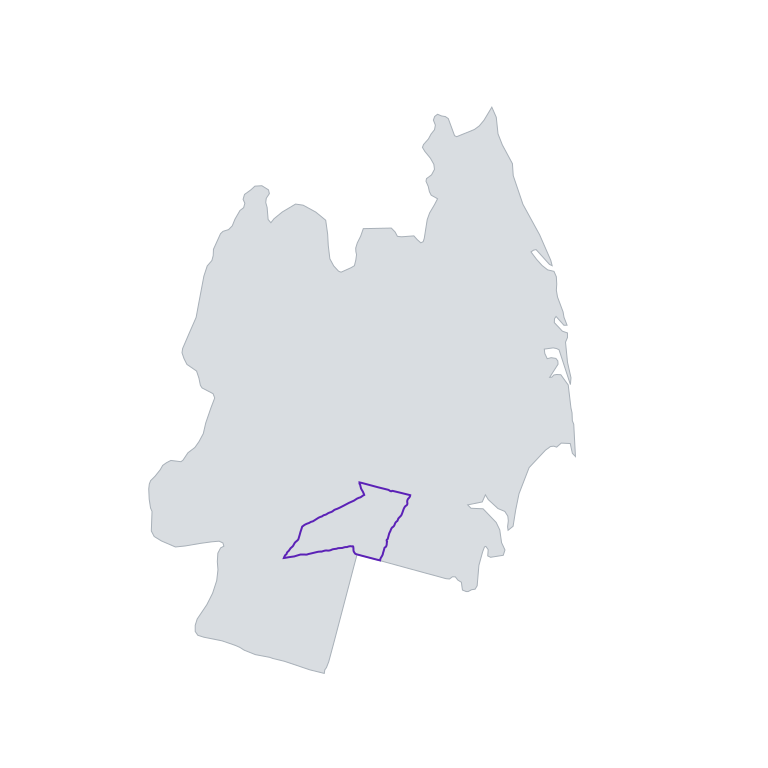 Okano, Wouleu-Ntem, Gabon (highlighted), rotated 195°
{"feature_id": "22940354B24104320747688", "entity_name": "Okano", "entity_type": "district", "adm_level": 2, "iso_a3": "GAB", "parent_name": "Gabon", "parent_adm1": "Wouleu-Ntem", "projection": "equal_earth", "projection_center": [11.511, 0.744], "detail": "fine", "context": "in_parent", "style": "outline", "palette": "violet", "viewbox_px": 768, "rotation_deg": 195, "n_neighbors": 0, "source": "geoboundaries", "source_scale": "gbopen_adm2", "svg_char_len": 6009}
<svg xmlns="http://www.w3.org/2000/svg" viewBox="0 0 768 768"><g transform="rotate(195 384 384)"><path d="M503.9,102.1L503.6,108.7L498.0,125.0L495.4,137.5L494.7,150.8L496.3,161.6L499.0,169.2L500.7,177.6L499.4,183.4L496.7,185.9L498.5,188.8L502.6,189.5L509.5,187.0L520.2,182.5L534.1,176.1L543.3,172.6L558.4,174.8L566.5,177.2L570.7,181.8L575.1,200.9L577.4,203.8L581.0,212.0L584.1,221.8L584.8,226.7L584.4,230.3L581.3,235.6L577.9,243.4L576.7,248.1L573.8,251.6L570.1,255.0L560.0,256.4L558.4,258.5L555.6,266.8L550.2,273.8L547.8,280.4L545.7,289.3L546.1,300.2L545.0,316.0L543.9,326.7L546.6,330.4L558.7,333.1L561.0,335.2L564.3,341.8L568.4,348.0L579.4,351.9L583.7,356.7L587.2,361.9L587.7,366.1L585.2,383.3L582.7,399.7L583.7,412.3L584.6,424.2L585.9,441.6L585.3,452.3L582.2,458.7L582.2,463.8L583.6,470.0L580.8,486.9L579.0,489.8L574.1,492.9L571.5,497.5L570.6,504.7L568.0,514.4L565.2,518.0L565.2,522.6L567.9,525.9L567.8,531.0L562.9,537.0L559.9,541.7L553.3,543.9L545.8,541.6L544.0,538.2L545.8,532.9L545.2,528.7L542.6,524.3L538.5,512.9L535.0,510.5L533.0,515.2L526.8,523.8L516.0,534.9L508.4,535.8L494.4,532.4L482.7,527.1L477.2,514.1L473.7,503.4L468.7,490.9L463.1,485.0L457.1,481.2L454.4,480.9L445.8,487.9L443.2,490.6L443.3,496.4L444.0,501.9L445.4,504.5L446.5,508.0L446.3,513.4L444.8,520.7L444.2,528.7L417.3,536.5L412.6,533.7L409.3,530.1L405.2,530.7L393.5,534.8L389.2,532.0L385.0,529.9L383.0,531.6L382.8,535.1L384.8,553.9L384.2,561.1L381.6,570.4L380.2,576.8L387.3,578.6L389.9,581.5L392.4,586.3L395.9,590.7L396.1,593.4L392.2,598.3L390.8,604.4L392.7,609.1L397.6,614.1L404.7,619.2L408.1,622.5L407.8,625.6L404.5,632.2L403.2,637.7L401.0,642.7L401.4,647.4L404.6,651.7L404.3,655.5L402.1,658.4L397.7,657.8L394.0,658.2L390.6,657.0L380.1,642.1L377.8,641.7L362.6,653.2L358.8,657.9L355.7,664.6L351.5,679.3L344.6,670.7L338.6,655.1L331.6,645.6L317.0,630.1L313.1,618.7L296.3,593.5L272.3,568.4L254.9,546.6L252.2,541.8L255.2,542.4L271.9,553.2L274.2,552.0L276.2,549.6L268.9,543.9L262.0,539.4L255.5,536.6L249.0,536.8L245.3,532.2L243.0,525.2L241.8,519.2L238.9,512.9L229.7,500.0L227.4,495.0L222.4,488.2L225.4,487.3L235.3,493.8L236.2,491.2L235.4,487.4L225.4,481.2L220.0,480.8L218.8,476.4L219.5,471.4L212.4,452.5L205.0,438.4L203.8,431.7L223.8,462.4L226.4,462.9L229.9,462.7L238.2,459.2L236.6,455.1L232.9,450.7L229.3,452.7L224.6,453.2L222.1,451.3L221.0,448.2L225.7,433.3L223.7,434.0L222.2,436.7L219.6,437.9L215.6,438.7L205.8,430.7L197.2,409.2L194.9,404.8L192.6,397.3L190.3,394.2L180.3,363.5L184.1,365.8L188.7,374.7L197.5,372.8L200.9,367.7L203.9,367.9L207.0,366.7L210.9,361.9L222.2,340.8L225.2,312.9L224.2,296.4L222.5,280.0L226.3,274.8L227.7,278.2L228.5,284.0L230.2,288.4L234.3,292.2L241.7,293.2L253.3,299.3L257.4,303.2L258.6,295.5L271.9,288.9L267.8,286.5L256.0,289.1L239.8,279.3L234.4,273.0L229.4,261.2L224.2,255.0L224.5,249.4L236.2,244.2L239.3,244.8L240.5,251.0L243.6,253.5L244.8,252.6L245.3,247.4L245.4,233.4L241.8,213.2L242.9,209.4L246.1,208.0L249.0,205.3L250.9,204.8L254.9,205.3L256.9,210.0L257.9,212.5L261.9,213.7L265.2,216.2L268.0,215.5L270.3,212.6L273.8,212.0L284.4,212.1L294.0,212.1L313.2,212.2L332.3,212.3L351.5,212.4L365.9,212.4L365.9,200.9L365.8,183.2L365.7,162.2L365.6,142.1L365.5,123.5L365.5,101.5L366.2,95.2L367.2,92.6L366.8,89.0L381.7,88.7L408.5,90.4L420.2,90.1L423.6,90.4L438.2,89.3L450.1,90.7L455.2,92.3L459.7,93.0L473.9,94.0L492.5,92.8L498.8,93.1L502.3,96.1L503.9,102.1Z" fill="#d9dde1" stroke="#a8b0b8" stroke-width="1"/><path d="M329.8,282.5L329.9,283.4L340.5,283.2L347.7,283.0L348.5,282.9L349.1,282.3L349.8,282.2L350.9,282.4L351.5,282.7L352.4,282.9L363.0,282.7L379.5,282.7L382.2,282.6L382.1,282.3L381.9,281.4L380.9,280.4L380.3,279.2L379.1,277.1L378.0,275.9L376.7,274.7L375.3,273.0L374.7,272.2L374.4,271.7L375.1,271.1L376.0,270.1L376.7,269.2L377.6,268.3L378.8,267.6L380.4,266.3L382.9,263.5L384.5,262.2L387.1,260.1L391.4,256.1L394.5,253.3L396.8,251.4L398.4,250.3L399.3,249.6L400.4,248.2L400.8,247.6L402.1,246.5L403.5,245.6L404.8,244.5L405.9,243.2L407.0,242.4L408.2,241.7L408.9,241.0L409.8,239.9L410.9,239.3L412.6,237.9L415.6,234.6L417.1,233.0L417.9,232.5L418.9,231.9L420.4,230.4L422.3,229.1L423.6,228.0L424.5,227.1L425.4,225.9L426.1,225.1L426.2,222.6L426.3,220.9L426.4,219.3L426.4,216.5L426.5,212.5L426.6,211.5L427.3,210.3L427.8,209.5L428.5,208.6L429.1,207.4L429.6,205.5L429.8,204.5L430.2,203.5L430.8,202.6L431.2,202.0L431.7,201.3L432.1,200.2L432.5,199.1L432.9,198.0L433.5,197.2L434.0,196.2L434.1,195.5L434.1,194.7L434.3,194.2L435.1,193.1L435.4,192.0L435.6,190.9L435.7,190.0L435.2,190.2L433.4,191.0L431.3,192.0L428.5,193.2L426.1,194.2L423.4,195.9L420.5,197.7L417.1,198.6L414.8,199.1L414.0,199.5L413.0,200.2L410.5,201.5L408.1,202.8L404.8,204.6L403.3,205.3L402.3,205.5L401.6,205.9L401.0,205.9L400.2,206.4L399.3,207.0L397.7,207.9L396.5,208.3L395.3,208.5L394.2,208.8L393.4,209.2L392.5,209.7L391.4,210.6L390.7,211.1L389.4,211.7L388.4,212.1L387.4,212.5L386.6,213.0L385.9,213.5L385.1,213.8L384.1,214.1L382.6,214.6L381.7,214.9L380.9,215.5L379.3,216.4L377.6,216.9L376.3,217.8L374.7,218.6L373.9,218.7L373.1,218.8L372.4,219.1L371.8,219.1L371.6,218.8L371.3,218.1L371.0,217.4L370.8,216.6L370.5,215.7L370.2,214.9L369.7,214.2L368.7,213.3L368.0,212.7L367.3,212.5L366.4,212.4L365.7,212.4L361.0,212.4L346.4,212.5L342.1,212.6L342.2,213.7L342.2,214.5L342.0,215.5L341.6,216.7L341.3,217.9L341.1,218.9L341.2,220.7L341.1,222.6L341.1,224.7L341.1,225.9L340.8,226.4L340.3,226.9L339.9,227.6L339.8,229.3L340.0,230.5L340.2,231.1L340.2,231.9L340.3,232.7L340.9,233.2L341.0,234.2L340.7,234.7L340.3,235.3L340.3,239.0L340.3,241.0L340.1,242.2L339.8,243.5L339.7,244.7L339.5,246.0L339.3,246.8L338.9,247.7L338.2,248.4L337.7,249.3L337.4,250.4L337.3,251.4L337.2,252.3L336.9,253.4L336.1,254.7L335.7,255.1L335.5,256.1L335.4,257.4L335.2,258.1L334.7,259.0L334.1,260.1L333.5,261.2L333.2,262.2L333.0,263.9L332.8,266.2L332.7,267.9L332.5,269.3L332.1,270.7L331.6,271.8L331.1,272.2L330.5,273.2L330.4,273.9L330.5,274.7L330.7,275.3L331.1,276.1L331.3,277.2L331.3,278.1L331.0,279.4L330.5,280.2L330.1,281.1L329.8,282.4L329.8,282.5Z" fill="none" stroke="#5b21b6" stroke-width="2"/></g></svg>